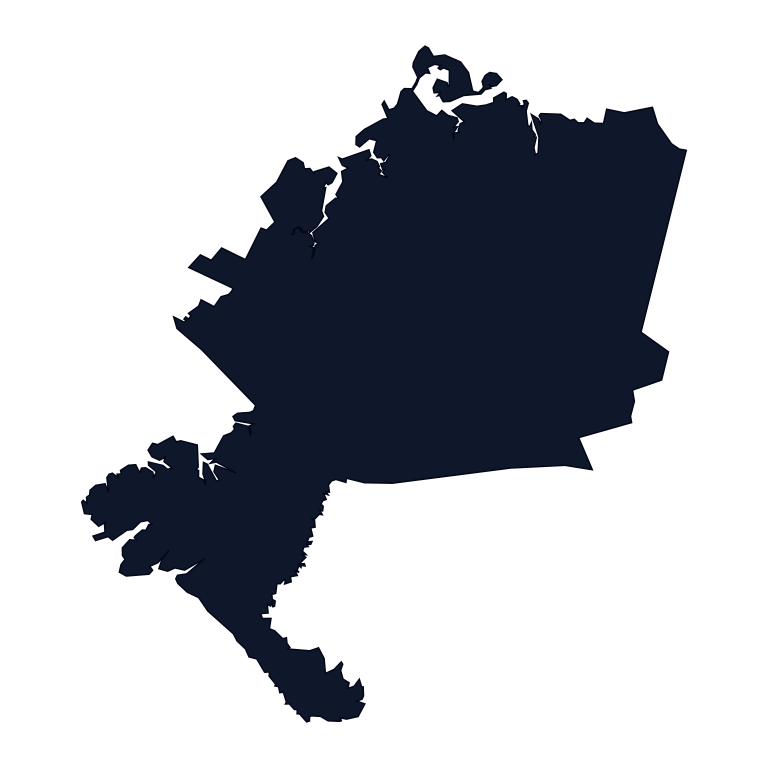 Åtara-Papatoetoe Local Board Area, Auckland, New Zealand (Robinson projection)
{"feature_id": "76426892B8082635890344", "entity_name": "Åtara-Papatoetoe Local Board Area", "entity_type": "district", "adm_level": 2, "iso_a3": "NZL", "parent_name": "New Zealand", "parent_adm1": "Auckland", "projection": "robinson", "projection_center": [174.846, -36.985], "detail": "fine", "context": "isolated", "style": "filled", "palette": "ink", "viewbox_px": 768, "rotation_deg": 0, "n_neighbors": 0, "source": "geoboundaries", "source_scale": "gbopen_adm2", "svg_char_len": 6060}
<svg xmlns="http://www.w3.org/2000/svg" viewBox="0 0 768 768"><path d="M570.0,120.4L560.8,114.3L540.7,113.6L539.1,115.8L541.5,120.0L540.5,123.4L538.4,118.9L531.4,114.5L539.0,137.1L538.1,153.0L535.4,154.9L533.9,147.6L536.3,137.2L534.2,136.8L535.4,134.9L531.9,129.8L531.4,123.0L529.4,127.2L527.8,125.5L526.1,111.1L528.3,103.2L526.3,100.4L523.4,100.8L524.3,103.6L523.1,107.7L522.2,108.0L522.3,105.7L518.4,105.8L519.7,103.8L517.0,99.3L512.1,96.8L506.1,99.8L506.2,93.5L503.9,92.2L493.7,98.0L493.7,102.5L485.8,105.1L476.9,106.3L462.4,103.9L452.1,110.7L464.5,121.8L460.2,123.7L458.1,130.8L459.5,132.3L453.8,133.1L453.6,139.5L452.8,134.0L457.5,126.7L453.5,127.2L458.2,121.6L457.0,117.9L447.9,115.4L441.8,110.4L436.7,115.9L426.8,110.8L412.4,91.2L416.3,85.1L415.1,83.6L412.0,88.8L404.3,88.6L401.1,91.7L397.5,104.2L394.2,108.2L388.9,109.9L384.2,101.1L382.1,104.4L388.0,118.6L383.3,119.1L364.3,129.5L356.2,136.6L356.0,144.5L359.6,146.9L369.2,138.7L376.7,140.6L373.7,152.3L377.3,157.7L381.4,157.5L383.7,160.7L387.8,155.5L389.9,155.1L385.9,162.3L380.7,163.8L383.2,170.8L385.2,169.3L382.6,172.4L387.7,177.8L378.7,174.4L381.3,170.9L378.1,167.6L379.4,166.5L377.0,161.5L371.5,159.0L366.8,160.4L370.8,155.7L368.9,149.8L342.2,159.2L338.7,157.6L342.3,165.3L348.4,168.1L341.6,171.5L342.9,181.8L336.0,194.5L338.7,198.3L335.5,198.3L326.3,205.8L325.2,212.4L329.2,218.3L312.9,232.7L315.0,241.3L318.5,243.9L315.2,245.4L314.2,254.2L311.5,259.0L313.9,247.9L309.9,246.4L313.0,245.6L314.0,242.6L311.5,235.8L307.7,232.6L301.9,232.4L298.8,227.5L294.6,229.0L293.7,233.9L291.3,234.5L293.7,233.4L293.4,229.8L294.3,229.0L296.6,227.8L298.2,227.4L299.7,227.5L303.8,232.0L310.0,230.6L309.7,232.4L316.8,226.6L323.5,216.4L321.5,211.0L325.7,187.6L323.7,188.0L324.1,186.0L326.0,182.6L328.2,184.8L332.0,182.6L336.9,173.4L329.0,167.1L314.2,171.7L313.9,173.7L309.9,168.5L304.5,168.9L303.1,162.7L295.5,157.8L288.0,160.8L276.7,182.2L261.0,196.7L274.9,222.0L266.6,230.2L261.1,228.1L245.4,259.6L221.6,248.0L211.3,260.3L200.4,254.9L188.8,267.5L233.1,288.3L231.6,291.3L228.5,294.6L221.1,296.7L214.2,306.7L201.1,299.8L198.7,306.1L188.5,313.4L191.0,315.9L188.5,319.0L185.7,316.9L184.0,319.1L185.9,320.5L184.4,322.3L173.7,316.9L177.0,328.5L201.7,349.7L255.6,405.3L253.5,410.7L250.1,412.4L237.5,413.3L233.0,416.5L235.1,420.6L253.9,423.9L249.3,425.9L251.3,433.0L250.5,434.5L247.8,426.3L235.9,423.2L233.4,426.3L234.6,429.2L231.4,432.8L223.6,435.9L214.3,453.0L201.4,454.0L207.8,459.5L215.3,458.5L210.2,463.3L216.3,462.0L236.0,472.8L215.4,465.3L214.0,471.7L219.4,480.0L216.5,481.2L207.2,464.2L203.5,462.4L203.0,474.0L205.4,481.2L205.8,485.6L203.4,479.9L198.5,477.2L198.6,470.5L196.2,469.8L198.2,467.0L197.3,445.0L180.7,440.8L176.2,441.8L173.0,436.3L157.8,444.6L152.6,443.3L148.1,450.1L152.0,456.8L159.6,460.2L164.9,457.3L164.0,461.7L172.2,468.0L167.5,469.3L163.0,465.5L148.4,462.0L148.7,465.3L156.4,471.9L153.6,477.3L152.8,472.2L145.7,467.8L141.5,468.1L139.7,472.7L135.7,464.7L128.4,465.3L120.5,470.4L121.4,474.1L117.1,474.2L118.0,477.5L112.4,473.2L109.0,474.3L106.9,477.6L108.5,492.0L105.0,483.8L95.7,485.4L90.1,490.2L89.7,494.9L86.5,497.3L87.1,503.3L83.2,500.3L81.7,502.0L84.5,513.6L92.3,514.4L91.2,519.3L98.7,526.3L106.1,521.9L104.5,524.2L105.0,532.2L93.0,536.1L95.5,540.5L108.2,536.6L112.6,540.2L126.9,530.2L132.6,529.5L140.4,521.8L148.1,520.4L151.9,524.5L148.8,524.6L145.8,530.4L142.4,530.0L135.8,535.5L134.2,537.5L136.5,540.4L129.8,539.7L122.4,547.8L122.5,555.5L125.1,559.3L121.1,564.5L119.3,572.1L126.2,576.0L149.1,574.2L152.6,570.3L149.8,566.3L157.9,562.7L169.0,550.2L161.9,559.7L158.9,568.7L167.7,571.2L174.9,567.9L184.7,570.1L205.1,558.3L186.7,573.9L177.5,575.3L175.8,578.8L177.9,583.5L187.3,592.2L198.7,597.6L207.8,611.0L233.4,633.8L237.1,641.0L245.5,648.9L249.0,656.9L256.8,658.9L264.6,672.2L269.5,672.0L269.1,676.1L275.7,684.2L274.9,685.9L278.6,686.7L279.8,692.7L283.4,692.3L286.4,702.1L285.4,704.0L289.4,703.9L294.3,709.4L297.3,709.7L297.1,713.8L299.6,713.9L306.6,721.9L309.5,721.0L309.5,716.8L311.5,715.8L320.6,716.4L328.0,720.8L339.5,721.3L341.3,720.8L340.4,717.8L346.5,719.1L358.1,716.5L364.8,703.9L356.8,701.1L362.0,699.2L363.5,695.9L363.2,686.9L361.5,686.6L359.3,679.2L354.1,686.3L348.0,688.4L349.1,682.8L343.0,679.1L340.6,670.3L342.7,664.2L341.3,661.9L334.0,669.5L325.4,673.4L324.1,658.5L318.5,647.8L309.6,650.8L288.0,649.0L289.9,647.4L287.0,643.5L286.4,637.8L282.8,638.7L274.5,630.7L269.4,628.8L271.0,618.4L262.3,618.5L260.8,613.6L268.1,613.0L267.3,604.4L270.7,606.0L272.1,602.3L272.8,606.7L274.5,606.3L275.2,601.0L272.3,599.4L271.8,594.4L275.7,593.4L276.9,583.7L280.2,583.7L283.9,579.9L285.4,580.5L284.6,584.0L291.2,581.8L290.4,576.7L297.3,575.5L295.3,571.1L299.1,572.3L297.1,570.4L298.9,565.5L301.0,567.5L301.4,565.4L305.1,566.0L304.4,563.7L299.2,563.9L305.8,557.4L302.3,554.7L306.2,554.7L302.5,551.2L303.9,547.0L308.3,546.6L306.8,544.3L310.7,544.3L312.0,541.5L307.1,541.9L309.0,537.2L312.7,536.1L310.7,527.9L315.1,527.1L314.5,520.1L311.2,518.6L314.5,519.2L319.2,514.3L322.3,514.7L319.9,510.5L322.6,510.9L323.2,506.2L321.0,504.3L322.6,500.8L326.2,499.4L323.6,493.4L328.1,494.8L326.0,492.0L329.4,492.1L328.4,485.1L331.5,480.9L335.9,479.4L345.9,482.4L346.4,478.2L364.4,482.7L392.4,483.2L510.7,468.0L564.9,465.3L592.3,469.7L578.6,437.6L631.6,422.6L630.5,416.2L634.4,401.3L632.5,390.1L661.6,380.0L668.5,351.9L641.0,332.2L686.3,150.3L679.4,149.1L671.5,143.8L657.5,123.9L652.4,107.3L624.3,112.9L606.7,109.2L603.5,123.5L594.3,123.2L587.1,118.3L584.2,122.8L578.0,122.8L574.3,119.3L570.0,120.4ZM425.0,46.1L418.8,51.5L413.4,62.7L412.9,66.9L417.8,77.4L415.9,82.2L417.0,83.7L419.4,77.8L425.5,72.8L429.7,73.3L427.3,67.6L434.6,64.3L440.3,65.4L438.1,68.1L440.3,69.7L443.4,67.9L449.4,70.2L449.3,84.9L448.0,86.1L447.0,82.7L437.3,79.2L433.1,87.9L434.1,92.8L440.4,92.4L437.5,95.9L439.6,95.3L443.2,101.7L450.1,101.4L463.6,95.5L481.0,94.0L485.1,89.6L490.9,88.3L489.2,84.1L491.2,86.6L496.4,85.5L501.9,79.7L496.5,73.6L489.8,72.5L485.2,75.4L482.1,81.4L483.5,87.1L482.0,89.2L478.4,92.6L472.7,91.1L468.5,72.6L460.6,62.0L444.7,55.0L433.4,56.5L428.4,48.0L425.0,46.1Z" fill="#0f172a" stroke="#020617" stroke-width="1.5"/></svg>